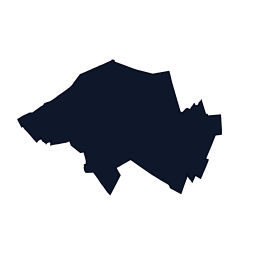 outline of Sanandrei, Timis, Romania, rotated 132°
{"feature_id": "2599482B6539114873725", "entity_name": "Sanandrei", "entity_type": "district", "adm_level": 2, "iso_a3": "ROU", "parent_name": "Romania", "parent_adm1": "Timis", "projection": "mercator", "projection_center": [21.197, 45.88], "detail": "fine", "context": "isolated", "style": "filled", "palette": "ink", "viewbox_px": 256, "rotation_deg": 132, "n_neighbors": 0, "source": "geoboundaries", "source_scale": "gbopen_adm2", "svg_char_len": 5250}
<svg xmlns="http://www.w3.org/2000/svg" viewBox="0 0 256 256"><g transform="rotate(132 128 128)"><path d="M195.2,215.4L195.8,213.9L196.9,210.9L197.7,208.8L198.1,207.9L196.7,207.5L197.1,205.7L197.3,204.7L197.5,203.8L197.5,203.6L197.5,203.4L197.5,202.9L197.6,202.0L197.6,201.0L197.7,200.1L197.9,198.5L198.0,197.4L198.2,195.8L198.5,193.5L198.9,191.1L199.0,189.9L199.2,188.2L199.3,186.6L198.9,186.6L198.7,186.6L198.3,186.7L198.1,186.7L197.9,186.7L197.7,186.8L197.5,186.7L197.2,186.7L196.9,186.7L196.6,186.6L196.3,186.5L196.0,186.4L195.7,186.3L195.3,186.2L195.2,186.0L195.1,185.9L194.9,185.9L194.6,186.0L194.5,185.9L194.3,185.9L194.2,185.9L193.9,186.0L193.6,186.3L193.5,185.9L193.9,184.6L194.6,182.1L193.7,181.8L194.2,180.4L193.7,180.3L193.6,180.1L194.0,179.2L194.2,178.5L192.7,178.6L192.1,178.2L191.7,178.0L191.5,177.9L191.4,177.7L191.0,177.4L190.5,177.0L189.5,176.4L189.4,176.4L189.5,176.3L189.7,176.1L190.1,175.8L190.5,175.3L191.3,174.6L191.6,174.4L192.0,174.1L189.6,172.4L188.9,171.8L188.4,171.5L188.0,171.1L187.5,170.7L187.1,170.4L186.8,170.1L186.5,169.8L186.1,169.5L182.7,167.0L181.4,166.0L179.8,164.7L179.3,164.4L179.2,164.3L179.0,164.2L176.1,163.0L177.3,160.9L178.4,158.8L178.5,158.1L178.5,157.7L178.4,156.2L178.2,153.3L178.1,150.7L177.9,148.1L177.8,147.0L175.9,145.6L174.9,144.9L175.0,144.7L175.9,143.3L176.9,141.7L177.0,141.5L177.4,140.9L177.9,140.3L178.5,139.2L178.9,138.6L179.3,138.1L179.5,137.8L179.8,137.5L179.9,137.2L180.1,137.0L180.2,136.8L180.5,136.4L180.8,136.2L181.1,136.0L181.8,135.5L181.9,135.4L182.0,135.2L182.4,134.8L182.5,134.6L183.0,134.6L183.2,134.8L183.3,134.9L183.5,135.0L183.8,135.3L184.0,135.4L184.1,135.5L184.4,135.6L184.5,135.6L184.8,135.4L185.2,134.7L185.4,134.5L185.5,134.2L185.8,133.9L186.0,133.9L186.4,134.0L186.6,133.7L186.8,133.6L187.0,133.5L187.1,133.3L187.2,133.1L187.3,132.9L187.5,132.6L188.1,132.1L188.3,131.7L188.5,131.1L188.6,130.7L188.7,130.4L188.9,129.9L188.9,129.7L187.6,128.3L184.9,125.5L183.6,124.1L184.0,122.5L184.1,121.8L184.6,119.4L185.2,116.7L185.5,115.3L185.9,114.1L186.1,113.4L186.7,111.0L187.2,108.2L187.3,107.6L188.0,104.6L188.4,102.8L189.0,99.8L189.2,97.0L182.2,98.8L176.0,100.4L168.5,102.4L168.5,102.6L168.3,103.2L167.3,106.3L166.1,109.7L165.7,110.7L161.7,109.2L158.7,108.3L154.4,106.9L152.1,106.1L150.6,105.6L149.6,105.3L149.4,105.3L149.2,103.5L148.5,97.8L148.2,95.0L147.7,91.3L147.1,86.6L146.2,79.7L145.7,76.7L145.5,76.0L144.9,72.8L144.1,68.0L143.1,63.7L142.6,61.1L142.5,60.5L142.5,60.1L142.5,59.5L142.6,59.1L142.7,58.7L143.0,58.1L143.7,56.6L143.8,56.1L143.8,55.7L143.7,55.5L143.3,54.0L143.1,53.4L142.3,50.0L141.6,47.1L141.3,46.0L141.2,45.4L141.1,45.1L136.6,47.0L134.1,48.1L130.0,49.7L127.4,50.8L123.4,52.4L123.0,52.8L123.6,50.6L124.3,47.7L124.2,47.5L124.2,47.2L124.9,44.4L121.0,45.6L117.9,46.7L117.4,44.2L116.7,40.6L115.3,41.1L111.1,42.6L108.9,43.3L104.6,44.8L99.6,46.6L98.2,47.2L99.3,49.8L98.5,50.1L97.6,50.5L94.2,51.7L89.6,53.3L87.6,54.0L84.2,55.2L80.2,56.7L77.2,57.8L74.9,58.6L74.7,58.7L72.4,56.6L70.2,54.7L70.0,54.8L67.7,56.9L66.2,58.4L64.9,59.7L63.0,61.6L61.9,62.7L60.7,64.0L58.8,65.8L58.0,66.7L56.7,68.0L61.7,72.7L66.1,76.9L65.1,78.2L66.2,79.4L61.1,88.0L58.8,91.8L59.3,91.7L59.5,91.6L59.8,91.6L60.1,91.6L60.4,91.7L60.7,91.8L60.9,91.8L61.2,91.8L61.6,91.8L61.8,91.7L62.0,91.7L62.3,91.4L62.4,91.2L62.5,91.1L65.2,91.0L65.2,90.9L65.3,91.3L65.4,91.5L65.6,91.8L65.8,92.1L66.2,92.3L66.4,92.6L66.7,92.9L66.8,93.1L65.7,94.8L65.8,94.9L66.2,94.8L66.5,94.8L66.9,94.7L67.2,94.6L67.5,94.5L67.8,94.5L68.0,94.4L68.4,94.4L68.8,94.4L69.3,94.4L69.6,94.5L69.8,94.5L70.2,94.4L70.5,94.3L70.8,94.1L71.0,94.0L71.3,94.0L71.6,94.0L71.8,94.0L72.2,94.0L72.5,94.1L72.9,94.3L73.0,94.4L73.2,94.7L73.3,94.9L73.4,95.1L73.5,95.3L73.5,95.6L73.7,96.2L73.8,96.6L74.0,96.8L74.2,97.0L74.6,97.2L74.9,97.3L75.4,97.5L75.7,97.5L76.0,97.5L76.7,97.4L77.0,97.4L77.4,97.4L77.8,97.3L78.5,97.4L78.9,97.5L79.2,97.6L79.5,97.6L79.8,97.6L80.5,97.1L81.2,99.3L81.4,100.0L79.5,103.1L76.5,107.9L71.6,115.8L67.7,122.1L66.0,124.8L65.9,125.1L58.8,135.4L71.7,145.5L74.3,150.5L77.1,155.8L79.2,159.7L81.7,165.5L84.5,172.8L84.6,173.0L87.6,180.5L88.5,182.9L87.8,183.0L87.6,183.1L87.5,183.3L87.4,183.4L87.4,183.7L87.5,183.9L87.8,184.5L88.1,184.9L88.1,185.0L88.3,185.1L88.5,184.9L88.6,184.7L88.9,184.7L89.5,185.0L89.9,185.2L94.6,187.3L95.8,187.8L98.6,189.0L99.6,189.5L99.9,189.7L100.2,189.9L101.8,190.6L103.3,191.2L106.9,192.9L111.9,195.1L114.3,196.2L115.1,196.5L120.3,199.0L122.1,198.8L122.7,198.8L125.7,198.5L130.4,198.1L130.6,198.0L133.3,197.7L133.6,197.7L134.1,197.7L134.5,197.7L135.8,197.8L136.9,197.9L138.0,198.1L139.4,198.4L140.8,198.6L141.3,198.7L142.1,198.9L144.0,199.3L145.6,199.7L148.7,200.4L149.7,200.7L151.0,201.0L151.3,201.1L151.5,201.1L152.0,201.1L152.6,201.2L152.9,201.3L153.8,201.4L154.4,201.5L154.8,201.6L155.1,201.7L155.9,201.9L156.5,202.0L158.1,202.4L158.6,202.5L159.7,202.9L160.1,203.0L161.0,203.4L163.1,204.7L165.1,205.7L165.8,206.0L166.0,206.0L166.5,205.9L167.1,205.8L167.2,205.7L167.4,205.7L167.5,205.6L167.9,205.5L168.1,205.6L168.8,205.9L170.3,206.5L173.6,207.2L174.5,207.4L177.6,208.1L180.4,208.6L180.6,208.7L180.8,208.8L181.1,209.1L182.4,210.5L182.8,210.8L183.3,211.1L183.7,211.3L184.0,211.4L185.3,211.9L187.4,212.8L189.3,213.6L190.7,214.1L193.0,214.7L195.2,215.4Z" fill="#0f172a" stroke="#020617" stroke-width="1.5"/></g></svg>